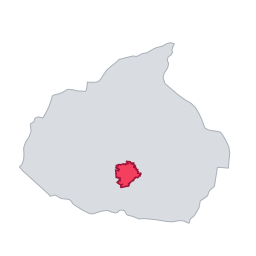 Chikomba, Mashonaland East, Zimbabwe (highlighted), rotated 96°
{"feature_id": "62879985B62139417575129", "entity_name": "Chikomba", "entity_type": "district", "adm_level": 2, "iso_a3": "ZWE", "parent_name": "Zimbabwe", "parent_adm1": "Mashonaland East", "projection": "equal_earth", "projection_center": [31.281, -18.846], "detail": "fine", "context": "in_parent", "style": "filled", "palette": "rose", "viewbox_px": 256, "rotation_deg": 96, "n_neighbors": 0, "source": "geoboundaries", "source_scale": "gbopen_adm2", "svg_char_len": 5552}
<svg xmlns="http://www.w3.org/2000/svg" viewBox="0 0 256 256"><g transform="rotate(96 128 128)"><path d="M178.0,231.9L175.9,230.1L173.1,229.0L169.6,228.5L164.9,228.7L159.2,229.7L153.1,228.5L146.6,225.3L141.1,224.1L134.7,225.5L134.4,225.6L133.3,224.5L131.5,222.1L128.5,221.7L127.7,221.1L127.1,220.2L126.6,219.1L126.4,217.8L126.9,213.9L126.6,213.5L125.8,213.0L124.2,212.5L120.3,210.8L115.4,209.0L107.4,207.1L104.3,206.7L103.6,206.1L102.7,204.6L101.1,200.1L99.7,197.2L96.2,192.6L95.7,191.1L95.8,187.5L96.0,184.5L96.4,182.0L96.2,179.7L96.1,176.8L96.2,174.8L95.7,174.0L94.5,173.4L90.9,173.1L86.6,173.2L86.5,170.3L86.0,165.7L85.2,163.0L84.2,161.7L82.2,160.2L78.2,158.3L72.7,155.3L68.0,150.9L62.6,145.4L61.0,144.4L58.9,139.2L55.8,130.4L56.0,127.4L55.5,126.0L52.5,121.6L51.9,119.4L51.3,117.1L46.6,110.7L45.0,107.9L43.7,104.3L42.5,101.4L41.5,100.3L40.1,98.3L39.2,96.1L38.8,94.5L39.1,92.2L39.5,90.7L44.0,92.3L46.4,92.4L48.3,91.6L50.6,92.7L53.4,95.6L56.5,96.1L59.8,94.3L64.2,94.9L69.9,97.8L74.5,98.4L80.0,95.8L84.9,88.7L89.5,82.0L94.0,74.3L96.7,68.0L100.7,63.0L106.0,59.1L111.5,55.7L119.8,51.7L121.4,48.3L121.9,44.7L121.9,39.6L122.3,36.3L123.2,34.8L124.6,33.6L126.4,32.1L131.8,28.3L136.4,25.8L142.0,24.2L148.1,24.2L154.0,24.1L157.4,24.1L157.5,29.0L157.7,34.5L158.4,35.1L162.8,35.2L169.9,35.6L176.8,35.9L181.2,39.9L182.7,40.8L187.2,41.8L193.0,48.5L200.0,49.1L204.8,51.2L209.1,53.5L211.5,56.2L213.1,56.8L215.2,57.0L216.2,57.3L216.0,59.2L214.6,62.6L214.7,67.3L216.7,74.0L216.9,79.7L216.3,89.8L216.3,99.6L216.5,103.1L216.8,105.4L217.2,106.7L217.1,108.2L215.9,112.3L215.0,116.6L214.9,118.3L214.6,119.5L213.9,120.6L210.8,122.6L210.3,123.8L210.3,126.1L210.7,127.9L211.8,128.6L213.2,129.7L213.7,131.1L213.7,132.6L213.3,135.3L212.1,139.8L213.3,145.0L214.6,148.4L216.5,152.3L217.2,154.7L217.2,156.4L216.9,158.1L214.1,165.2L212.0,169.6L209.6,174.4L206.3,177.3L205.4,178.8L205.1,180.4L205.2,183.9L205.0,187.6L202.2,193.3L204.0,198.2L203.6,198.7L202.6,199.4L198.6,204.9L194.5,210.5L191.6,214.5L188.2,219.1L184.4,224.3L181.2,228.7L178.0,231.9Z" fill="#d9dde1" stroke="#a8b0b8" stroke-width="1"/><path d="M187.9,128.6L187.8,128.4L187.7,128.3L187.6,128.1L187.6,127.9L187.5,127.6L187.5,127.4L187.4,127.1L187.3,126.8L187.3,126.7L187.2,126.5L187.1,126.3L187.0,126.1L187.0,125.9L187.0,125.7L186.8,125.5L186.8,125.3L186.7,125.1L186.4,124.2L186.3,123.5L186.1,123.0L186.0,122.7L185.8,122.0L185.7,121.7L185.6,121.3L185.5,121.2L185.4,121.1L185.2,121.2L184.8,121.1L184.7,121.3L184.7,121.5L184.3,121.4L184.2,121.4L184.0,121.5L183.8,121.6L183.7,121.6L183.4,121.6L183.3,121.4L183.3,121.2L183.3,120.8L183.2,120.8L182.9,120.9L182.7,120.9L182.4,120.8L182.3,120.7L182.2,120.3L182.2,120.2L182.1,119.9L181.9,119.8L181.7,119.7L181.3,119.6L181.2,119.5L180.9,119.4L181.0,119.4L181.0,119.2L180.9,119.0L180.9,118.9L180.7,118.7L180.4,118.6L180.2,118.5L180.1,118.4L180.1,118.2L180.0,117.8L179.9,117.6L179.9,117.4L179.7,117.4L179.5,117.2L179.4,117.0L179.2,117.0L179.1,116.9L178.9,116.9L178.9,117.0L178.8,116.9L178.7,116.9L178.6,117.0L178.5,116.9L178.4,116.9L178.2,116.8L178.0,116.7L177.9,116.6L177.9,116.4L177.7,116.2L177.5,115.9L177.3,115.9L177.2,115.8L177.1,116.0L177.0,115.9L177.0,115.7L176.9,115.7L176.7,115.8L176.6,115.7L176.4,115.6L176.2,115.5L176.2,115.4L176.1,114.3L176.5,113.4L176.0,112.8L175.2,112.2L174.4,112.0L174.4,111.0L173.5,110.9L172.9,111.2L172.7,111.3L172.7,111.0L172.3,110.3L171.6,110.6L171.7,111.1L171.8,111.6L171.9,112.4L172.0,113.6L170.9,113.8L170.3,113.2L169.5,114.2L168.6,114.3L168.5,114.5L168.8,115.1L168.7,115.3L168.4,114.9L168.4,115.0L168.2,115.2L168.1,115.3L167.9,115.4L167.9,115.5L167.7,115.7L167.7,115.8L167.6,116.0L167.4,116.0L167.4,115.9L167.1,115.8L167.0,116.0L166.9,116.0L166.7,116.2L166.2,116.4L166.1,116.5L165.9,116.6L165.8,116.8L165.7,116.9L165.6,117.4L166.2,117.3L166.2,117.9L166.6,117.8L166.6,118.1L166.4,118.1L165.7,118.2L164.7,116.9L164.1,117.7L164.0,118.0L163.4,119.7L163.1,118.5L162.9,119.4L162.3,118.5L162.2,118.6L162.5,120.1L162.3,120.5L162.2,122.0L161.3,122.3L161.3,124.1L161.8,125.0L161.2,125.6L161.3,125.7L161.3,125.8L161.5,125.9L161.7,126.0L161.9,125.7L162.1,125.5L162.9,124.8L163.1,125.0L163.5,124.3L163.9,125.5L164.0,125.8L164.4,126.4L164.4,126.5L164.2,126.5L164.0,126.8L164.8,127.1L164.4,127.7L164.0,128.5L165.0,130.6L165.4,131.5L165.6,131.8L165.4,132.0L165.2,131.9L165.3,133.4L165.5,133.7L165.5,133.8L165.7,134.0L165.8,134.2L166.0,134.2L166.0,134.3L166.0,134.5L166.4,134.7L166.4,134.8L166.5,134.7L166.5,134.8L166.6,135.0L166.9,135.3L167.0,135.6L167.5,135.4L167.9,135.6L168.4,135.9L168.8,135.5L169.0,135.4L169.3,135.4L169.3,134.7L169.0,134.1L168.9,134.0L168.9,133.9L169.6,133.8L169.6,133.4L170.0,132.4L170.7,132.7L171.4,132.7L171.2,133.9L171.2,134.8L171.4,135.5L171.3,135.8L171.6,135.7L173.3,135.4L174.7,135.2L175.1,135.1L178.4,134.6L178.4,134.2L178.3,133.8L178.2,132.7L178.9,132.5L178.9,132.4L178.7,131.8L178.6,130.6L178.9,130.6L179.0,130.6L179.3,130.4L179.6,130.5L179.8,130.6L180.0,130.5L180.0,130.8L180.2,131.1L180.3,131.2L180.5,131.1L180.5,131.3L180.8,131.4L181.0,131.2L181.3,131.1L181.3,130.9L181.5,130.7L181.5,130.9L181.5,131.0L181.8,131.3L181.9,131.6L182.1,131.8L182.1,132.0L182.1,132.3L182.4,132.7L182.5,132.7L182.6,132.4L182.7,132.5L182.8,132.5L183.0,132.7L183.0,132.8L183.2,133.0L183.3,133.1L183.5,132.9L184.5,131.0L184.7,130.6L184.9,130.2L185.1,129.4L184.9,128.2L185.0,128.3L185.3,128.5L185.5,128.5L185.7,128.8L185.8,128.9L185.7,129.0L185.8,129.1L186.0,129.1L186.3,129.0L186.5,129.1L186.9,129.1L187.0,129.2L187.3,129.1L187.5,129.0L187.7,128.9L187.8,128.8L187.9,128.7L187.9,128.6Z" fill="#f43f5e" stroke="#9f1239" stroke-width="1.5"/></g></svg>